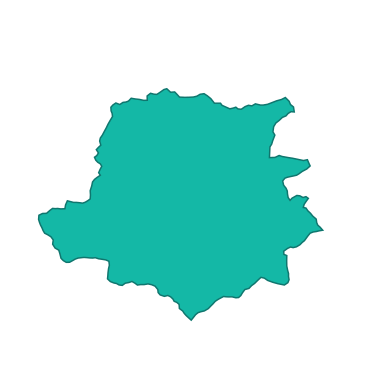 outline of Camanducaia, Minas Gerais, Brazil, rotated 200°
{"feature_id": "56859067B71206053362122", "entity_name": "Camanducaia", "entity_type": "district", "adm_level": 2, "iso_a3": "BRA", "parent_name": "Brazil", "parent_adm1": "Minas Gerais", "projection": "albers", "projection_center": [-46.078, -22.797], "detail": "fine", "context": "isolated", "style": "filled", "palette": "teal", "viewbox_px": 384, "rotation_deg": 200, "n_neighbors": 0, "source": "geoboundaries", "source_scale": "gbopen_adm2", "svg_char_len": 3368}
<svg xmlns="http://www.w3.org/2000/svg" viewBox="0 0 384 384"><g transform="rotate(200 192 192)"><path d="M211.5,85.9L208.5,87.5L205.2,88.7L201.9,90.6L198.1,91.1L194.5,90.9L190.8,88.7L189.4,85.9L186.7,84.4L182.3,84.5L179.3,86.5L176.3,86.2L173.3,84.9L171.4,83.2L168.6,83.1L165.7,82.0L164.0,78.2L160.0,77.0L157.8,75.3L155.2,73.9L152.1,72.6L148.9,71.3L147.8,74.5L146.7,77.9L145.1,80.6L142.9,82.4L139.7,84.5L136.8,88.0L135.3,91.4L134.1,93.9L132.8,97.2L130.9,99.8L128.8,102.2L126.6,104.6L124.1,105.2L121.6,106.0L118.4,107.2L114.6,107.6L112.1,108.8L110.7,111.4L110.2,114.2L109.0,118.4L105.5,120.9L104.0,124.4L101.9,127.5L100.0,131.5L98.0,135.4L94.5,135.8L90.7,134.8L85.2,134.8L80.0,135.2L73.4,136.2L70.9,139.6L70.8,142.8L72.4,145.6L73.4,148.4L75.2,150.9L77.6,154.8L79.5,159.7L81.2,164.7L84.3,164.8L85.6,167.7L82.9,171.7L80.6,174.0L78.0,174.3L75.1,176.2L72.5,179.4L71.2,182.3L69.7,184.7L68.9,187.5L68.0,190.6L66.9,193.7L64.4,195.9L61.6,197.4L59.4,198.9L56.1,200.8L59.7,202.8L62.4,203.8L64.3,205.8L66.0,209.0L70.4,210.7L73.3,212.5L76.8,214.0L79.4,215.9L82.1,215.5L82.4,218.7L81.6,222.0L80.5,225.8L83.3,226.6L85.8,224.8L89.4,225.3L92.3,224.6L94.1,222.5L95.9,220.4L97.0,217.7L99.8,219.7L101.6,222.8L102.8,225.5L104.9,227.7L108.2,229.7L110.6,233.4L109.4,236.8L107.4,238.5L105.2,239.9L102.3,241.7L99.4,243.6L97.7,245.7L95.5,249.0L92.0,252.9L89.9,256.9L91.8,258.8L94.6,261.8L98.0,259.7L109.1,258.1L112.5,257.4L119.4,256.2L122.6,256.1L125.8,252.9L131.0,250.8L134.2,261.0L133.5,264.2L133.7,267.6L133.6,273.8L136.5,276.2L137.6,281.3L136.8,285.5L134.6,289.0L132.6,293.0L129.7,295.7L128.6,298.6L126.5,301.3L123.3,302.2L125.7,306.6L129.4,307.9L131.8,310.5L136.6,312.7L139.6,309.5L143.7,306.6L150.9,300.3L154.9,298.0L157.4,297.1L162.6,296.5L165.2,293.4L168.6,292.8L171.3,290.4L174.0,286.6L177.2,285.8L179.8,286.7L181.9,285.0L184.9,283.1L193.4,283.7L195.6,285.2L201.3,283.1L206.3,286.2L210.7,287.7L214.3,288.5L217.8,286.6L220.2,283.7L223.2,281.7L227.9,279.7L231.7,278.3L236.2,276.9L240.0,278.9L242.5,280.1L246.2,278.4L251.0,280.4L253.4,278.7L256.3,274.5L258.4,271.7L261.2,270.9L264.7,270.6L267.0,266.9L265.4,262.9L268.7,261.6L273.1,261.0L277.2,260.0L281.2,259.3L282.8,255.7L284.9,253.9L287.5,252.6L289.8,249.5L294.0,249.6L296.1,246.7L297.2,243.9L295.8,240.6L293.9,238.5L292.5,235.7L293.4,231.1L294.1,226.9L294.5,222.8L295.1,219.0L295.7,214.7L296.6,211.4L296.2,208.3L293.7,204.8L295.1,202.1L296.4,199.1L293.3,196.7L293.9,193.7L295.5,191.3L293.3,189.0L290.7,187.7L287.8,187.1L285.6,185.3L286.1,181.7L286.3,178.2L283.9,176.4L286.2,173.2L287.9,170.5L288.9,167.4L288.3,163.4L288.1,158.4L286.4,154.5L285.3,150.7L286.7,148.5L288.8,145.9L291.0,144.1L293.9,143.5L297.0,142.7L299.8,141.7L302.9,141.4L306.1,141.1L306.4,136.6L305.7,132.8L309.6,131.2L312.5,130.6L314.8,129.6L317.4,128.9L319.1,126.3L321.4,122.2L325.1,120.7L327.9,117.8L326.8,113.8L325.0,111.4L323.1,109.2L320.7,107.0L318.8,104.9L316.4,102.9L313.0,102.5L309.3,101.7L306.0,99.5L305.1,95.3L301.5,92.5L297.3,91.8L295.1,88.9L292.4,84.9L289.4,83.5L286.1,82.9L283.0,84.1L280.9,86.5L278.7,89.1L276.4,91.0L273.8,92.3L271.1,93.6L268.3,94.4L265.5,95.1L262.7,96.0L260.4,97.2L257.0,97.3L253.6,98.0L249.9,98.7L246.4,98.5L244.6,94.9L244.2,91.4L243.3,87.4L242.5,84.7L241.7,81.5L238.1,79.9L234.2,79.8L231.6,80.2L228.8,79.7L225.6,80.4L223.5,83.5L220.4,85.3L217.8,87.4L214.4,86.8L211.5,85.9Z" fill="#14b8a6" stroke="#0f766e" stroke-width="1.5"/></g></svg>